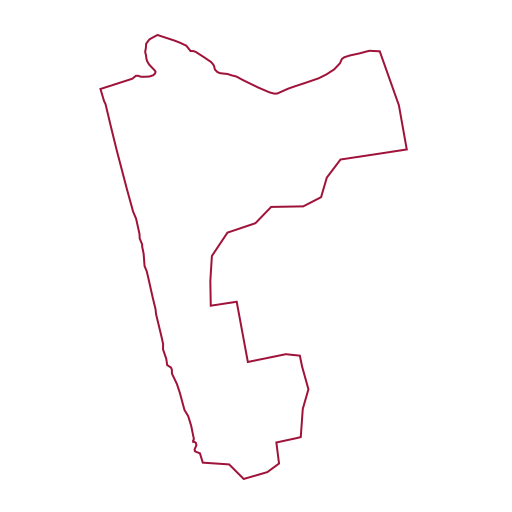 Ablekuma West Municipal, Greater Accra, Ghana, rotated 89°
{"feature_id": "2480657B12570528382412", "entity_name": "Ablekuma West Municipal", "entity_type": "district", "adm_level": 2, "iso_a3": "GHA", "parent_name": "Ghana", "parent_adm1": "Greater Accra", "projection": "robinson", "projection_center": [-0.256, 5.538], "detail": "fine", "context": "isolated", "style": "outline", "palette": "rose", "viewbox_px": 512, "rotation_deg": 89, "n_neighbors": 0, "source": "geoboundaries", "source_scale": "gbopen_adm2", "svg_char_len": 1743}
<svg xmlns="http://www.w3.org/2000/svg" viewBox="0 0 512 512"><g transform="rotate(89 256 256)"><path d="M152.1,103.4L107.8,110.5L53.5,128.7L52.8,139.0L53.6,142.6L55.2,148.8L57.1,158.5L58.8,164.2L60.5,166.7L64.8,168.7L70.8,174.6L75.6,182.3L79.4,190.2L83.4,202.5L86.8,213.5L89.2,220.8L91.7,226.7L93.9,231.8L94.0,234.8L92.6,239.7L87.6,250.8L81.1,263.6L79.8,266.1L78.4,268.6L76.2,272.5L75.0,277.0L73.5,281.5L72.6,288.7L71.4,291.4L68.9,293.8L64.8,294.8L62.7,296.3L61.1,297.7L58.7,301.2L56.2,304.7L53.2,309.2L50.8,312.8L50.0,315.2L49.9,317.9L44.4,322.1L43.6,323.9L41.4,328.3L39.2,333.7L33.3,350.7L36.6,357.1L37.8,359.0L41.8,362.1L46.2,362.5L49.6,363.2L50.9,363.1L53.3,362.5L57.1,362.1L59.4,361.4L62.7,359.5L65.8,356.7L68.8,353.9L70.2,353.2L72.0,353.9L73.6,355.8L74.7,359.6L74.9,365.6L74.6,368.7L73.8,370.3L73.7,372.9L74.9,374.4L76.6,376.6L86.3,408.6L98.5,405.2L101.5,403.8L126.0,398.4L147.1,393.6L186.1,384.1L209.5,378.1L216.7,375.2L220.2,374.5L232.0,372.1L236.4,372.0L242.3,369.7L244.9,369.6L251.9,368.3L264.1,367.6L269.4,365.5L276.3,364.0L288.0,361.6L295.3,360.1L307.3,357.4L312.6,356.9L322.4,354.7L336.4,351.6L342.6,350.4L347.7,350.6L357.3,347.5L363.5,346.7L366.1,342.9L368.3,342.1L372.1,342.1L382.6,337.3L392.0,334.4L408.7,330.2L414.9,326.6L424.5,323.8L437.9,321.3L439.8,322.2L440.8,322.0L440.6,321.0L441.8,319.4L444.2,318.9L448.4,320.8L450.1,320.5L451.0,318.8L452.3,315.5L461.7,312.8L463.9,286.5L478.7,272.2L472.3,248.5L463.9,236.6L442.8,238.9L438.6,217.5L437.8,214.4L409.7,211.9L390.2,205.9L367.1,211.9L356.4,213.9L354.7,227.9L361.8,266.0L301.4,276.1L304.9,302.1L280.1,302.1L255.2,300.1L232.1,284.1L223.2,256.0L207.2,240.0L207.2,207.9L198.3,189.9L178.8,183.8L161.0,169.8L152.1,103.4Z" fill="none" stroke="#9f1239" stroke-width="2"/></g></svg>